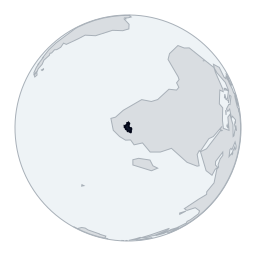 globe centered on North West, rotated 82°
{"feature_id": "ZAF-1201", "entity_name": "North West", "entity_type": "Province", "adm_level": 1, "iso_a3": "ZAF", "parent_name": "South Africa", "parent_adm1": "", "projection": "orthographic", "projection_center": [25.686, -26.361], "detail": "fine", "context": "on_globe", "style": "filled", "palette": "ink", "viewbox_px": 256, "rotation_deg": 82, "n_neighbors": 0, "source": "natural_earth", "source_scale": "10m", "svg_char_len": 6258}
<svg xmlns="http://www.w3.org/2000/svg" viewBox="0 0 256 256"><g transform="rotate(82 128 128)"><circle cx="128" cy="128" r="113" fill="#eef3f6" stroke="#a8b0b8"/><path d="M16.8,109.9L16.8,111.3L18.5,109.4L18.9,112.6L18.5,115.8L19.6,114.9L19.6,116.6L25.5,112.5L30.0,113.4L30.9,119.7L29.1,129.7L32.1,147.3L30.1,157.5L32.7,164.8L36.6,177.5L35.0,180.0L38.7,183.4L40.5,187.7L40.3,189.9L43.1,193.2L43.1,194.8L45.0,195.7L49.2,201.9L52.9,204.1L57.0,208.8L59.3,210.0L59.4,210.6L60.5,211.9L62.0,212.9L60.2,213.5L55.1,210.3L52.2,207.6L52.2,208.1L45.7,201.4L47.2,203.5L39.4,195.4L33.6,187.3L22.5,166.9L21.3,164.1L21.2,163.9L18.7,155.1L16.8,146.2L15.7,137.1L15.4,128.0L15.7,118.9L16.8,109.9ZM64.5,213.2L61.1,213.9L62.4,213.2L59.8,210.5L62.9,210.7L64.5,213.2ZM58.5,205.7L57.6,203.4L58.4,203.5L59.2,205.1L58.5,205.7ZM122.2,15.5L121.0,15.6L120.0,15.7L121.3,15.8L117.3,16.7L113.9,17.2L112.9,16.6L107.9,17.4L109.3,16.9L109.5,16.9L122.2,15.5ZM237.2,100.4L237.6,102.1L237.5,103.9L237.1,101.5L233.5,91.5L234.6,97.8L237.4,107.3L238.4,115.8L237.0,110.8L235.8,103.3L234.5,99.5L233.6,93.7L230.2,83.4L228.7,82.5L227.6,79.1L222.7,70.0L219.9,68.7L216.3,72.5L217.8,81.1L215.7,83.4L208.3,67.9L204.7,59.4L202.1,58.9L194.3,50.4L181.3,45.8L179.3,43.7L176.9,43.9L171.4,41.0L168.3,37.9L165.0,37.5L173.3,45.9L176.8,46.6L179.5,44.6L181.1,47.5L186.5,51.4L181.1,56.6L161.6,59.5L159.5,53.1L143.5,36.9L143.8,35.5L143.7,35.3L143.5,35.0L142.3,37.3L139.5,34.7L148.3,44.7L149.8,49.4L161.3,59.8L160.3,60.6L163.9,63.2L175.3,62.8L175.4,64.9L170.2,74.3L154.2,87.8L156.3,99.3L154.9,109.4L144.8,115.7L145.5,124.3L140.2,127.1L139.7,132.1L135.3,137.5L128.2,142.9L116.1,143.6L115.5,138.8L109.8,130.2L101.8,110.5L105.0,101.2L104.0,94.7L95.3,82.1L97.2,74.6L94.8,72.0L90.0,73.6L87.2,70.7L84.3,71.2L65.7,78.8L60.1,76.5L53.3,67.1L56.6,61.2L57.2,56.2L80.1,34.5L85.0,33.7L103.1,28.6L105.3,28.7L103.2,31.8L116.8,34.2L121.2,31.4L133.4,33.4L141.6,33.6L144.4,28.3L131.1,27.6L128.7,25.2L139.4,23.6L151.1,25.1L150.5,24.2L143.1,21.8L145.8,20.9L140.6,20.9L142.7,21.8L139.5,22.0L137.3,21.3L138.4,20.9L134.8,20.4L130.9,22.9L132.6,24.1L123.4,24.7L125.4,26.8L122.9,27.9L118.6,24.8L119.0,23.7L110.9,21.6L109.7,22.8L117.2,25.0L114.9,24.9L113.2,27.0L112.6,25.4L104.7,23.2L96.4,25.3L85.8,32.2L80.9,34.1L76.8,34.5L80.7,29.2L91.1,25.8L92.6,24.4L90.5,23.7L93.9,22.9L94.3,22.3L98.2,21.3L103.8,19.3L107.8,18.5L110.0,17.3L112.3,16.9L110.4,17.6L111.2,17.9L121.1,17.0L123.0,16.7L123.7,16.1L126.3,16.1L125.6,15.7L131.4,15.6L123.8,15.6L124.3,15.4L125.0,15.4L133.0,15.5L141.0,16.1L148.9,17.3L156.7,19.1L164.4,21.4L171.8,24.2L179.1,27.6L186.1,31.5L192.8,35.9L199.2,40.7L205.2,46.0L210.8,51.6L216.0,57.7L220.8,64.1L225.1,70.9L228.9,77.9L232.2,85.2L235.0,92.7L237.2,100.4ZM72.3,43.1L71.7,44.6L72.3,43.1ZM163.6,30.1L170.4,31.9L167.0,28.3L169.3,28.8L167.3,27.6L166.7,28.1L161.6,25.0L164.4,25.0L163.4,24.0L161.0,23.4L156.7,23.9L163.9,28.1L162.5,28.9L163.6,30.1ZM92.7,21.3L94.0,21.0L92.5,21.7L87.4,23.5L89.6,22.4L92.7,21.3ZM96.3,20.6L96.7,19.9L99.9,19.0L98.0,19.5L100.1,19.0L97.6,19.8L100.3,20.0L99.1,20.7L90.3,23.2L93.8,21.8L92.3,22.1L96.3,20.6ZM107.9,27.4L109.6,27.3L112.4,26.9L111.4,28.3L107.9,27.4ZM102.4,25.8L104.0,25.4L103.9,27.0L102.1,27.2L102.4,25.8ZM104.9,24.1L104.1,25.3L103.4,24.8L104.9,24.1ZM111.8,17.3L113.5,17.1L112.7,17.5L111.8,17.3ZM142.1,29.0L139.8,29.9L138.5,29.3L139.6,29.1L142.1,29.0ZM124.8,28.5L128.8,29.1L124.5,28.9L124.8,28.5ZM179.0,179.7L179.1,182.0L177.7,181.5L179.0,179.7ZM173.6,110.7L165.3,128.3L160.1,127.6L159.5,121.7L162.8,110.7L168.9,108.6L171.9,104.2L173.6,110.7ZM238.5,150.0L238.4,150.3L238.9,147.6L238.5,149.7L238.5,150.0ZM239.4,144.1L239.1,146.2L239.2,144.8L239.4,144.1ZM239.4,142.7L238.7,135.2L238.0,131.1L238.5,130.0L239.5,135.1L239.4,142.7ZM238.4,129.8L237.0,120.6L233.1,101.0L234.6,103.2L238.2,117.5L238.1,118.6L238.9,125.1L238.4,129.8ZM240.6,131.7L240.4,135.5L240.2,131.0L240.0,128.4L239.9,121.4L239.9,119.2L240.2,120.8L240.3,119.2L240.6,131.7ZM218.3,82.1L220.7,88.8L219.4,88.7L218.3,82.1ZM218.0,195.7L220.5,192.2L220.1,187.7L221.2,184.2L223.3,181.9L229.1,170.6L228.9,171.6L232.0,165.0L233.6,166.2L235.0,163.1L231.8,171.7L227.9,180.1L223.3,188.1L218.0,195.7Z" fill="#d9dde1" stroke="#a8b0b8" stroke-width="1"/><path d="M129.1,124.6L129.3,124.6L129.3,124.8L129.4,125.0L129.7,125.0L129.8,125.1L130.0,125.0L130.2,124.9L130.3,124.9L130.4,125.0L130.5,125.1L130.6,125.3L130.9,125.4L131.0,125.5L131.3,125.5L131.4,125.4L131.5,125.3L132.0,125.4L132.3,125.4L132.5,125.5L132.4,125.6L132.3,125.8L132.5,125.8L132.6,126.0L132.4,126.0L132.2,126.1L132.2,126.3L132.2,126.5L132.1,126.4L132.0,126.5L132.0,126.8L132.0,127.0L131.9,127.0L131.6,127.1L131.5,126.9L131.3,127.0L131.1,127.1L131.1,127.3L131.0,127.5L130.9,127.6L130.9,127.9L130.7,128.1L130.7,128.3L130.7,128.6L130.9,128.5L131.0,128.5L131.3,128.6L131.3,128.8L131.2,128.8L131.1,129.0L130.9,129.0L130.7,129.1L130.4,129.1L130.2,129.1L129.9,129.1L129.8,129.3L129.7,129.3L129.5,129.5L129.4,129.5L129.4,129.8L129.3,130.0L129.2,130.0L128.9,130.2L128.9,130.3L128.7,130.4L128.7,130.5L128.4,130.5L128.3,130.4L128.2,130.4L128.0,130.5L127.9,130.6L127.7,130.6L127.4,130.8L127.2,130.9L127.2,131.0L127.0,131.3L126.9,131.3L126.7,131.4L126.5,131.0L126.9,130.7L126.5,130.6L126.4,130.6L126.2,130.6L126.3,130.7L126.2,130.8L126.3,130.8L126.2,130.9L126.2,131.0L126.1,131.3L125.8,131.3L125.9,131.2L125.7,131.1L125.8,130.9L125.8,130.6L125.3,130.7L125.2,130.6L125.3,130.5L125.1,130.4L125.1,130.2L125.1,129.9L124.9,129.8L125.0,129.5L125.1,129.4L125.0,129.1L124.9,129.0L124.2,128.8L124.3,128.5L124.1,128.4L123.8,128.3L123.8,128.0L123.7,127.9L123.8,127.6L123.7,127.6L123.7,127.4L123.9,127.5L123.9,127.4L123.4,127.3L123.4,127.5L123.2,127.5L123.0,128.1L122.9,128.2L122.7,128.2L122.7,127.6L122.7,127.4L122.8,127.3L122.8,127.2L122.7,127.1L122.8,127.1L122.8,126.9L122.9,126.7L122.9,126.4L123.0,126.3L123.1,126.2L123.3,126.0L123.5,125.9L123.8,125.9L124.0,125.9L124.1,126.0L124.4,126.2L124.5,126.2L124.6,126.3L124.7,126.5L124.8,126.5L125.0,126.6L125.3,126.6L125.5,126.8L125.8,126.8L126.0,126.9L126.2,127.0L126.3,126.9L126.4,127.0L126.5,127.0L126.6,126.9L126.8,126.8L127.0,126.8L127.5,126.8L127.6,126.7L127.8,126.5L127.9,126.4L128.0,126.2L128.0,125.9L128.2,125.6L128.3,125.4L128.3,125.2L128.3,124.9L128.5,124.8L128.6,124.7L129.1,124.6L129.1,124.6Z" fill="#0f172a" stroke="#020617" stroke-width="1.5"/></g></svg>